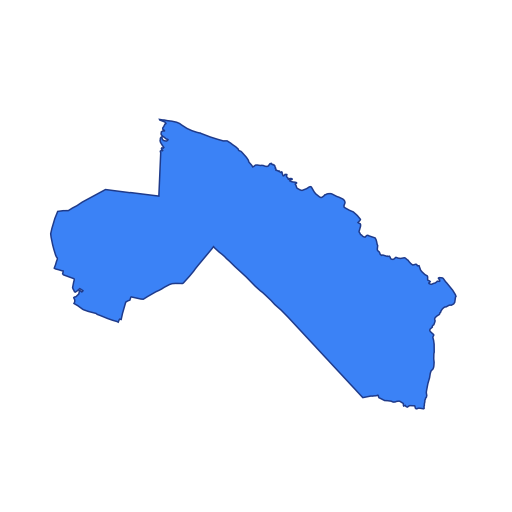 the district of Aek Phnum, Batdâmbâng, Cambodia, rotated 16°
{"feature_id": "14789045B18738075075755", "entity_name": "Aek Phnum", "entity_type": "district", "adm_level": 2, "iso_a3": "KHM", "parent_name": "Cambodia", "parent_adm1": "Batdâmbâng", "projection": "mercator", "projection_center": [103.494, 13.247], "detail": "fine", "context": "isolated", "style": "filled", "palette": "blue", "viewbox_px": 512, "rotation_deg": 16, "n_neighbors": 0, "source": "geoboundaries", "source_scale": "gbopen_adm2", "svg_char_len": 6117}
<svg xmlns="http://www.w3.org/2000/svg" viewBox="0 0 512 512"><g transform="rotate(16 256 256)"><path d="M125.6,151.3L126.0,151.8L131.4,152.3L132.4,152.9L132.9,153.5L132.6,154.0L132.1,154.3L131.6,157.2L131.1,158.4L131.2,159.0L131.3,159.7L131.9,160.1L133.4,160.6L133.5,161.0L131.8,161.6L130.8,162.7L131.1,164.9L131.8,165.7L133.8,166.8L135.1,167.2L137.5,168.3L138.9,168.2L139.4,168.5L138.9,169.5L138.2,170.2L136.8,170.4L135.3,170.4L134.2,169.9L133.6,169.3L132.7,167.7L132.2,167.7L131.7,168.7L131.7,169.9L132.0,170.7L132.0,171.6L132.9,173.1L135.4,175.4L137.5,177.0L137.2,177.8L135.7,178.0L135.5,179.0L135.8,179.3L137.2,180.2L137.1,180.6L135.9,180.8L135.2,181.4L135.3,182.2L135.9,182.8L146.1,225.2L117.9,229.6L117.4,229.9L93.0,233.6L74.1,252.1L69.9,257.1L66.4,260.4L63.1,264.1L58.1,265.6L53.1,267.8L52.3,275.4L52.2,285.6L52.5,291.2L53.8,294.3L57.5,301.4L59.7,305.1L63.0,310.2L64.3,311.8L65.6,312.7L65.9,313.9L65.7,316.3L65.7,319.6L65.4,323.3L66.7,323.7L70.3,323.6L73.0,323.7L74.7,323.5L75.0,324.6L75.0,326.4L76.1,327.2L87.3,328.0L87.9,329.0L87.9,331.2L88.4,336.9L89.2,338.1L90.3,339.1L91.4,340.4L92.3,340.5L93.6,339.0L95.6,335.9L99.2,337.0L99.0,338.0L98.2,338.6L96.3,337.8L95.6,338.0L96.0,339.2L96.1,341.4L94.1,344.8L92.8,345.5L92.3,346.2L92.8,347.0L93.8,348.0L94.3,349.5L94.3,350.8L94.1,351.8L98.4,352.9L104.1,355.0L105.2,355.2L110.0,355.5L118.1,355.3L119.4,355.9L122.4,356.1L130.6,357.0L135.8,357.3L140.4,357.3L141.8,357.6L142.0,355.5L142.3,354.3L143.9,354.2L143.5,348.1L143.5,336.3L145.1,334.5L146.9,333.2L147.0,330.4L147.3,329.7L157.2,329.1L159.6,328.6L163.1,324.7L169.6,318.0L172.2,315.8L174.4,313.7L176.5,311.3L180.8,307.2L183.0,305.7L186.3,304.5L192.9,302.7L193.6,302.0L197.6,293.8L200.2,287.9L201.3,284.8L202.8,281.2L211.4,261.7L212.6,258.7L214.1,259.7L219.5,262.4L222.8,263.7L226.0,265.2L228.3,266.6L232.1,268.4L238.5,271.9L252.5,278.9L263.5,285.2L269.7,288.2L272.5,289.3L276.1,291.1L282.6,294.5L287.3,297.4L295.1,301.1L303.6,305.9L397.7,362.7L404.9,359.0L406.8,358.5L408.2,357.8L408.8,357.7L410.2,357.1L411.5,356.2L412.0,356.5L412.2,357.0L413.2,358.3L419.6,359.5L421.9,358.9L425.9,358.3L428.0,358.6L429.1,358.3L430.1,357.9L431.1,357.1L432.2,356.6L433.1,356.2L434.2,356.0L438.1,357.1L438.4,357.4L438.7,358.6L439.3,359.5L440.0,359.0L440.6,358.5L441.4,359.2L442.6,359.5L443.2,359.5L444.2,358.2L445.1,357.4L449.8,356.3L450.4,357.0L451.0,358.2L451.6,358.6L452.1,358.7L452.8,358.5L453.9,357.6L455.2,357.2L459.2,356.7L459.6,356.2L459.0,354.3L459.0,353.1L458.6,351.8L458.5,349.7L458.1,348.1L458.3,346.6L458.2,345.7L458.7,344.8L458.6,343.0L457.4,340.5L457.1,339.0L456.4,331.4L456.4,325.2L455.9,321.1L455.9,319.7L456.0,318.1L457.2,316.0L457.4,314.5L457.4,313.6L457.1,311.8L456.5,309.1L455.2,305.9L453.9,300.9L453.8,299.3L451.5,291.6L450.0,288.2L448.4,285.5L448.4,284.4L448.7,283.4L448.6,282.8L447.8,282.2L446.8,281.9L446.0,281.3L444.7,280.8L443.6,279.8L443.4,279.1L443.6,278.1L445.1,275.8L444.8,275.1L445.1,274.0L445.8,273.2L445.9,272.8L446.1,269.8L446.0,268.9L445.3,267.9L445.0,266.7L445.4,265.5L446.6,263.6L448.2,261.8L448.5,260.9L448.4,260.0L448.9,259.4L449.0,258.8L449.0,257.7L449.8,255.4L450.8,253.8L451.4,253.1L452.9,252.4L455.0,250.3L455.8,249.8L457.4,249.4L459.2,247.6L459.8,245.7L459.1,240.5L459.4,239.7L458.3,238.2L454.5,234.7L446.3,229.0L445.5,228.6L442.2,226.0L441.6,225.8L441.0,225.7L438.3,226.2L437.9,226.5L437.5,226.8L437.6,227.4L438.9,228.1L439.3,228.7L439.5,229.6L439.1,229.9L437.7,230.1L437.1,230.4L436.8,231.2L435.4,232.8L434.5,233.2L432.4,234.9L431.3,235.0L430.0,234.8L429.6,234.5L429.6,234.1L430.1,233.7L430.5,232.6L429.8,232.2L428.0,231.9L427.6,231.6L427.4,231.2L426.8,228.8L426.1,227.9L423.5,227.3L420.0,225.5L418.2,224.3L415.4,220.4L413.8,220.9L413.0,220.0L412.4,219.8L411.8,219.9L409.7,221.2L408.9,221.4L406.9,220.6L404.9,219.4L403.2,218.1L402.6,218.0L400.0,216.8L399.1,216.8L395.7,218.5L393.2,218.9L391.2,218.7L390.6,218.9L389.8,220.4L389.1,221.2L388.6,221.5L387.5,221.7L387.0,221.7L386.4,221.5L385.9,221.1L385.4,220.3L384.3,219.4L383.0,220.0L382.6,220.1L382.2,219.9L381.9,220.2L377.9,220.1L376.9,220.4L376.5,220.8L375.3,220.3L374.9,220.1L373.7,218.5L373.3,218.1L372.4,217.8L371.1,216.9L370.7,215.9L370.1,212.4L369.3,211.5L367.9,208.8L366.8,207.1L365.5,205.8L359.0,205.5L358.3,205.3L357.3,205.4L356.6,206.0L355.9,207.3L355.8,207.7L355.2,207.9L353.2,207.7L351.6,206.7L350.6,206.6L349.5,205.3L348.6,204.6L348.3,204.1L348.3,198.7L348.0,197.2L347.3,196.3L345.4,196.0L344.8,195.7L346.2,193.0L346.3,192.0L342.3,189.2L337.4,186.8L333.2,186.3L328.1,185.1L327.1,184.6L326.7,183.4L326.9,180.3L326.7,179.9L326.2,178.9L325.4,178.1L323.8,177.3L319.5,176.6L317.3,176.5L311.7,175.4L310.3,175.5L308.0,176.3L306.7,177.1L306.2,177.8L305.4,178.1L304.6,179.7L303.4,181.2L302.6,181.8L301.8,181.9L300.6,181.6L296.3,179.8L294.2,178.3L290.5,174.7L289.9,174.3L289.3,174.3L288.7,174.6L288.0,175.1L286.1,177.3L282.3,180.2L281.3,180.4L279.6,180.2L277.1,179.6L276.5,179.3L276.1,178.8L274.9,177.0L274.1,176.4L273.9,175.9L274.9,174.7L274.7,174.3L273.2,174.3L270.8,174.7L269.2,174.7L267.7,174.4L267.7,173.6L267.9,173.2L269.3,172.7L269.6,172.4L269.4,171.9L268.8,171.8L267.4,172.1L266.9,172.4L266.1,173.3L265.5,173.0L265.3,172.3L264.0,171.7L263.2,170.7L263.3,169.9L263.2,169.2L262.7,169.2L261.4,169.6L261.1,170.5L260.5,171.3L259.9,171.4L258.3,169.2L257.9,168.9L258.0,168.3L257.4,168.1L257.1,168.7L256.6,168.9L256.2,168.8L255.2,168.0L254.8,167.9L254.2,168.4L253.8,168.0L252.6,168.1L252.2,167.8L251.5,168.0L251.0,166.7L250.4,166.4L250.5,165.9L249.4,164.7L249.3,164.2L248.2,163.5L247.7,163.7L247.3,163.4L247.0,163.6L246.6,163.3L246.0,163.5L245.0,162.8L244.8,163.2L244.0,163.4L242.9,166.2L241.9,166.9L240.0,167.2L237.9,167.0L236.1,167.4L235.3,167.8L232.0,168.2L230.4,168.8L229.2,170.5L228.3,171.3L226.9,170.0L223.6,167.9L222.9,167.2L222.4,166.2L219.6,163.8L213.9,160.2L212.7,159.6L210.5,159.3L210.0,159.0L209.4,158.1L206.6,156.7L202.5,155.3L200.6,154.5L196.5,153.3L192.7,154.4L186.9,154.4L179.4,154.2L169.0,153.3L168.3,153.1L167.8,153.3L165.2,153.4L159.9,153.2L154.5,152.4L148.5,150.6L146.1,149.7L142.8,149.3L137.9,149.6L133.7,150.3L129.9,150.6L129.2,150.9L125.6,151.3Z" fill="#3b82f6" stroke="#1e3a8a" stroke-width="1.5"/></g></svg>